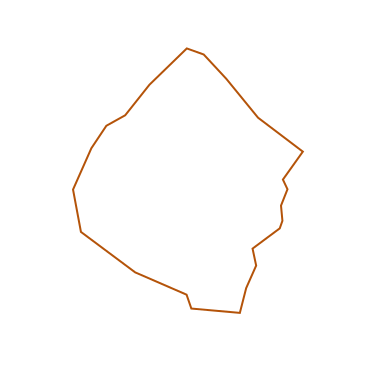 the district of Kikwit, Bandundu, Democratic Republic of the Congo, rotated 62°
{"feature_id": "63176286B32367911689095", "entity_name": "Kikwit", "entity_type": "district", "adm_level": 2, "iso_a3": "COD", "parent_name": "Democratic Republic of the Congo", "parent_adm1": "Bandundu", "projection": "albers", "projection_center": [18.807, -5.057], "detail": "fine", "context": "isolated", "style": "outline", "palette": "amber", "viewbox_px": 384, "rotation_deg": 62, "n_neighbors": 0, "source": "geoboundaries", "source_scale": "gbopen_adm2", "svg_char_len": 469}
<svg xmlns="http://www.w3.org/2000/svg" viewBox="0 0 384 384"><g transform="rotate(62 192 192)"><path d="M134.0,295.9L175.1,308.8L236.3,279.9L280.1,245.0L294.6,247.3L321.2,206.5L302.3,189.3L287.1,169.9L270.4,165.1L267.6,146.8L265.3,131.6L259.9,125.7L245.8,119.8L234.4,106.4L223.7,105.9L208.4,75.2L157.4,98.8L108.1,108.6L76.1,117.1L62.8,129.2L77.3,179.2L92.9,215.0L93.1,225.9L93.3,236.5L106.1,260.3L134.0,295.9Z" fill="none" stroke="#b45309" stroke-width="2"/></g></svg>